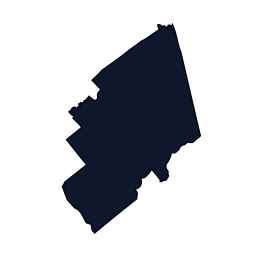 Babaita, Teleorman, Romania, rotated 63°
{"feature_id": "2599482B60473454525777", "entity_name": "Babaita", "entity_type": "district", "adm_level": 2, "iso_a3": "ROU", "parent_name": "Romania", "parent_adm1": "Teleorman", "projection": "albers", "projection_center": [25.418, 44.126], "detail": "fine", "context": "isolated", "style": "filled", "palette": "ink", "viewbox_px": 256, "rotation_deg": 63, "n_neighbors": 0, "source": "geoboundaries", "source_scale": "gbopen_adm2", "svg_char_len": 5245}
<svg xmlns="http://www.w3.org/2000/svg" viewBox="0 0 256 256"><g transform="rotate(63 128 128)"><path d="M167.7,67.1L136.6,59.5L84.2,46.5L80.0,46.1L78.9,45.9L66.6,43.0L63.8,42.4L59.6,41.8L57.7,41.6L56.3,41.5L56.5,41.7L56.6,42.0L56.6,42.7L56.6,42.8L56.1,43.5L55.9,44.0L55.3,44.4L55.1,44.6L54.9,45.2L54.9,45.4L55.0,45.6L55.3,46.0L55.4,46.3L55.5,46.4L55.8,46.5L56.1,46.8L56.2,47.0L56.3,47.2L56.4,47.4L56.5,47.5L56.4,47.8L56.2,48.0L55.8,48.2L55.5,48.3L55.2,48.4L54.7,48.6L54.2,49.0L53.4,49.6L53.2,50.0L53.2,50.5L53.2,51.0L53.0,51.3L52.3,51.9L51.9,52.2L51.4,52.3L50.7,52.8L50.2,53.2L50.0,53.5L49.8,53.8L49.7,54.0L49.7,54.5L50.1,54.8L50.6,54.9L51.9,55.2L53.4,55.3L53.7,55.3L54.2,55.3L54.6,55.4L54.7,56.8L55.4,61.5L56.8,73.2L56.8,76.2L58.2,84.9L59.2,91.5L60.0,94.8L60.9,99.7L63.7,117.2L64.7,124.3L65.8,127.5L66.2,128.4L67.1,131.2L69.2,138.2L80.3,134.9L81.4,134.6L82.7,137.4L83.0,138.4L83.6,139.3L84.3,139.8L85.4,140.4L87.0,141.1L87.9,140.6L88.7,143.8L88.1,145.8L82.1,148.4L83.0,150.4L83.2,150.5L83.3,150.6L83.4,150.8L83.4,151.0L83.4,151.4L83.4,151.6L83.3,151.9L83.4,152.1L83.5,152.2L83.8,152.0L84.0,152.1L84.1,152.3L84.3,152.5L84.4,153.0L84.5,153.2L84.5,153.4L84.2,154.0L84.0,154.5L84.0,154.9L84.1,155.0L84.6,155.4L84.9,155.7L85.0,155.8L85.1,156.0L85.2,157.0L85.2,157.6L85.0,157.8L84.9,158.0L84.7,158.3L84.2,158.3L84.0,158.6L84.1,158.9L84.2,159.1L84.6,159.7L85.0,159.9L85.1,160.0L84.9,160.3L84.6,160.4L84.3,160.4L84.2,160.5L84.3,160.9L84.3,161.0L84.5,161.1L84.8,161.2L85.9,161.2L86.1,161.1L86.2,160.8L86.1,160.5L86.1,160.3L86.1,160.2L86.3,160.1L86.6,160.2L86.7,160.3L86.7,160.5L86.8,160.6L86.9,161.2L86.7,161.6L86.7,162.3L86.7,162.5L86.9,162.6L87.0,163.0L86.6,163.5L86.6,163.8L87.2,164.2L87.2,164.3L87.2,164.6L87.0,165.2L86.7,165.6L86.4,165.7L86.0,165.7L85.8,165.8L85.2,166.2L85.2,166.3L85.2,166.5L85.0,166.9L85.0,167.0L85.1,167.4L85.1,167.6L84.9,168.4L85.0,168.7L85.5,169.2L85.6,169.5L86.0,169.7L86.3,169.5L86.5,169.6L86.5,170.4L86.4,170.6L86.5,171.3L86.5,171.6L86.6,172.7L86.6,172.9L87.2,173.1L87.8,173.1L89.6,172.3L89.9,172.3L91.1,171.9L91.3,171.7L91.6,171.2L91.9,170.9L92.1,170.5L92.3,170.2L92.6,170.0L92.9,170.1L93.0,170.2L93.2,170.6L93.3,170.7L93.3,171.0L93.7,171.6L93.8,172.0L94.1,172.3L94.5,172.3L94.8,172.3L101.6,170.0L104.0,169.4L106.5,168.8L107.6,173.9L110.5,188.0L130.8,183.9L141.6,181.5L142.3,182.5L146.3,202.5L147.1,206.5L147.4,208.3L148.9,210.5L150.6,213.1L151.1,213.1L153.6,213.3L163.7,214.5L165.5,214.3L174.8,211.7L178.7,209.1L183.1,208.3L189.3,208.1L193.4,208.1L196.1,205.4L196.9,204.8L197.8,204.6L201.8,206.0L201.9,205.9L202.3,205.8L202.6,205.8L202.9,206.1L203.0,206.1L203.5,206.1L204.0,206.0L204.4,205.9L204.5,205.8L204.8,205.6L206.3,205.4L200.5,179.3L195.0,152.5L194.3,152.3L194.1,152.1L193.7,151.7L193.4,151.4L193.0,151.1L192.1,150.6L191.9,150.4L191.5,150.3L191.4,150.3L191.4,150.1L191.2,150.0L190.7,149.9L190.4,149.5L190.1,149.4L189.7,149.3L189.3,149.3L189.1,149.3L188.6,149.4L187.5,149.5L187.0,149.4L186.3,149.2L185.8,149.0L185.7,148.8L185.6,148.7L185.6,148.4L186.0,146.9L186.0,146.3L185.9,145.8L185.9,145.4L185.7,145.0L185.5,144.6L185.5,144.3L185.4,144.1L185.1,143.3L185.0,143.2L184.7,142.9L184.1,142.2L183.5,141.7L183.0,141.2L182.7,141.1L182.3,140.8L181.5,140.4L181.2,140.3L180.9,140.2L180.5,139.9L180.1,139.7L179.3,139.6L179.0,139.6L177.9,139.1L177.9,138.9L178.0,138.8L178.8,137.9L179.2,137.2L179.3,136.9L179.4,136.7L179.4,135.5L179.3,134.8L179.1,133.8L178.3,131.5L178.1,130.9L178.0,130.1L177.9,129.9L177.3,129.0L176.6,127.9L176.2,127.3L175.8,126.9L175.6,126.5L175.6,126.2L175.4,126.0L175.4,125.8L176.1,125.5L178.1,125.0L181.2,124.2L182.6,123.9L184.4,123.6L185.6,123.4L188.3,122.8L188.8,122.7L189.3,122.7L189.4,122.8L189.5,122.9L190.0,123.5L190.9,122.8L190.8,122.7L190.8,122.3L190.7,121.4L190.7,121.2L190.8,121.0L190.8,120.9L190.7,120.5L190.7,120.4L190.8,120.2L191.0,119.6L191.1,119.3L191.1,119.0L191.3,118.6L191.4,118.4L191.5,117.8L191.5,117.5L191.4,117.2L191.0,116.8L190.9,116.5L190.7,116.3L190.2,115.9L190.1,115.7L190.2,115.3L190.2,115.2L189.9,115.0L189.6,114.7L189.4,114.4L189.3,114.1L189.1,113.8L188.8,113.6L188.5,113.5L188.2,113.6L187.3,113.3L186.7,113.3L185.8,112.7L185.2,112.4L185.1,112.2L184.0,112.2L183.0,112.3L182.9,112.3L182.7,112.5L182.0,112.7L181.6,112.4L181.3,112.3L180.7,112.3L180.0,112.0L179.2,111.7L178.0,110.9L177.5,110.6L177.4,110.5L177.0,109.6L176.7,109.1L176.5,108.5L176.3,108.3L175.9,107.7L175.7,107.5L175.7,107.4L175.6,107.0L175.5,106.9L175.3,106.7L174.9,106.3L174.7,105.9L174.3,105.4L174.1,105.0L174.0,104.7L173.8,104.5L173.6,104.2L173.1,103.9L172.9,103.6L172.6,103.2L172.4,102.9L172.2,102.8L171.8,102.4L171.4,102.2L171.0,101.8L170.8,101.6L170.5,101.3L169.9,100.2L169.9,99.8L170.2,99.4L170.5,99.0L170.8,98.7L170.9,98.3L171.2,97.7L171.3,97.3L171.3,96.4L171.2,96.1L170.9,95.3L170.6,94.4L170.4,93.3L170.3,92.7L170.2,92.5L170.0,92.2L169.5,91.8L169.0,91.4L168.8,91.2L168.6,90.8L168.4,89.7L168.0,88.7L167.9,88.4L167.9,88.1L167.9,87.4L168.2,86.4L168.3,85.6L168.3,85.1L168.3,84.7L168.1,84.0L167.8,82.6L167.5,82.1L167.5,81.9L167.5,81.6L167.5,81.4L168.3,80.4L169.5,78.3L169.8,77.7L170.0,77.3L170.0,76.5L170.0,76.1L169.4,74.2L169.2,73.1L168.9,72.3L168.8,71.9L168.6,71.7L168.5,71.2L168.5,70.3L168.5,69.9L168.5,69.5L168.4,68.8L168.2,68.2L167.7,67.1Z" fill="#0f172a" stroke="#020617" stroke-width="1.5"/></g></svg>